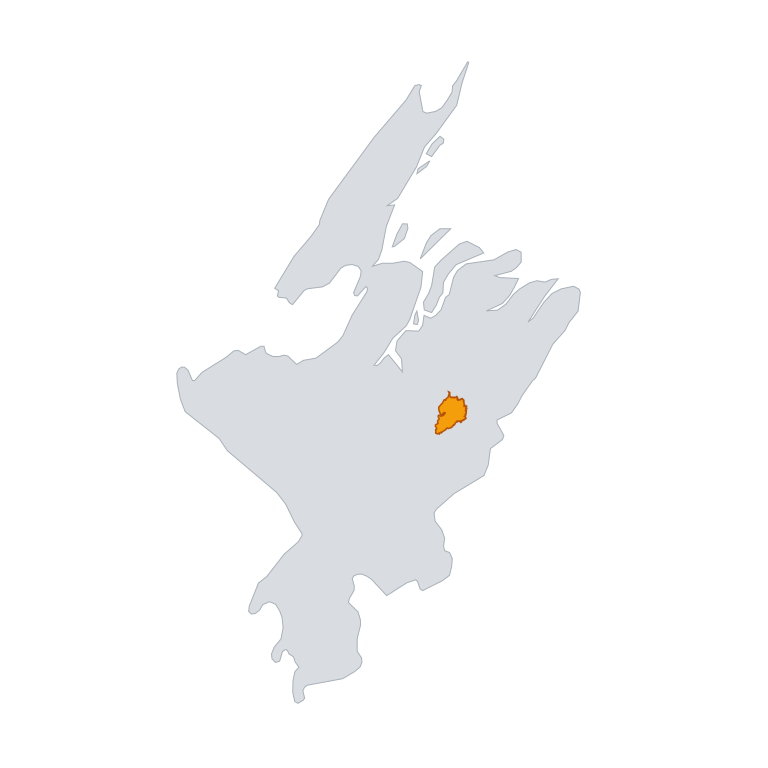 Magura, Khulna, Bangladesh (highlighted), rotated 222°
{"feature_id": "16705992B78415132034426", "entity_name": "Magura", "entity_type": "district", "adm_level": 2, "iso_a3": "BGD", "parent_name": "Bangladesh", "parent_adm1": "Khulna", "projection": "equal_earth", "projection_center": [89.424, 23.47], "detail": "fine", "context": "in_parent", "style": "filled", "palette": "amber", "viewbox_px": 768, "rotation_deg": 222, "n_neighbors": 0, "source": "geoboundaries", "source_scale": "gbopen_adm2", "svg_char_len": 8766}
<svg xmlns="http://www.w3.org/2000/svg" viewBox="0 0 768 768"><g transform="rotate(222 384 384)"><path d="M285.3,545.2L285.2,526.5L275.3,489.8L275.8,485.8L273.7,468.1L271.2,458.3L270.0,447.8L275.9,432.9L273.6,430.4L260.4,425.9L258.8,422.0L261.7,407.2L252.2,393.3L248.5,382.9L258.6,349.4L261.3,326.0L260.5,321.6L254.3,316.3L243.4,314.2L235.7,309.9L231.2,303.3L227.3,300.7L222.6,302.6L216.5,300.0L211.5,293.5L207.3,285.6L209.0,276.9L217.0,256.4L220.0,255.8L226.9,259.7L229.4,259.7L234.0,251.6L240.4,228.5L262.5,230.5L267.8,229.8L273.3,227.9L276.3,225.0L278.0,221.3L277.4,218.1L270.7,213.8L268.1,210.5L266.2,201.3L264.2,197.8L250.9,197.3L244.0,193.1L240.2,189.3L233.5,176.8L225.2,167.5L217.2,165.3L214.1,162.3L212.4,157.5L213.4,150.6L217.5,137.4L239.5,108.8L240.1,105.6L239.3,102.0L232.8,97.4L232.4,95.1L234.3,89.1L237.9,88.4L245.5,93.8L253.1,102.6L257.7,110.5L257.8,116.7L263.8,117.9L268.8,120.7L274.0,119.8L277.3,121.3L279.6,120.8L280.4,117.2L276.1,108.2L278.2,104.5L283.2,104.7L286.9,108.0L289.5,115.0L290.0,125.7L295.9,135.4L303.7,142.4L309.8,145.6L317.1,147.8L323.4,145.6L326.5,138.8L325.1,132.8L326.1,127.3L328.6,124.3L332.5,124.5L335.5,128.8L344.1,152.1L342.3,162.4L344.3,190.8L342.1,209.5L343.5,216.6L344.9,217.9L357.9,221.4L376.6,228.9L391.0,231.6L455.8,229.6L470.0,233.2L513.2,230.4L525.0,236.4L537.9,246.1L545.2,253.4L546.5,257.5L545.8,261.1L543.4,263.0L538.9,263.1L528.7,258.4L527.0,259.7L527.0,271.0L518.9,299.2L517.8,308.0L514.9,311.4L506.4,313.2L500.8,329.7L498.4,331.7L492.8,328.1L489.3,328.7L484.9,330.2L480.5,334.0L477.5,338.7L474.1,340.4L462.0,340.1L459.7,347.7L451.8,357.8L446.4,384.3L446.9,392.5L453.7,413.7L458.5,441.3L460.4,444.1L462.6,444.4L462.7,431.7L464.9,430.1L467.7,431.5L473.6,448.5L476.8,452.9L481.9,454.1L487.6,451.5L491.9,446.5L493.6,441.1L492.0,422.5L494.7,415.0L504.5,403.7L505.9,400.3L505.1,381.7L508.9,381.1L513.9,382.6L520.2,378.1L522.1,378.1L524.8,382.8L529.3,382.0L536.3,418.8L537.0,444.8L538.7,459.3L541.1,462.6L548.8,484.3L556.4,560.9L557.6,609.7L560.7,626.3L558.3,630.0L555.9,630.8L553.6,624.9L537.4,612.5L533.5,613.8L528.1,621.0L525.9,627.7L526.9,637.1L528.7,646.3L532.6,651.6L532.9,657.5L537.4,679.5L536.1,679.6L527.3,659.6L516.5,639.9L512.8,604.6L512.5,587.3L505.1,566.8L498.1,531.2L500.9,518.7L495.9,524.2L487.8,502.8L475.2,482.0L471.5,472.8L471.3,463.8L465.9,472.8L458.6,479.2L451.2,488.7L446.2,491.6L430.5,493.4L421.3,480.6L408.1,449.4L406.4,442.3L408.1,424.0L404.9,406.7L404.0,391.4L401.6,392.8L400.8,397.0L401.3,403.4L400.3,408.8L378.4,405.3L387.8,414.4L397.8,416.5L403.1,424.7L403.4,438.3L393.6,446.5L394.5,453.4L400.2,461.8L393.3,464.1L391.4,469.6L391.3,477.5L396.2,489.5L395.4,494.2L403.7,509.9L405.3,517.5L403.3,528.2L385.4,549.8L380.2,565.1L375.8,572.3L370.3,573.7L363.6,566.4L363.5,558.9L364.8,553.0L374.1,538.7L369.1,540.6L354.6,552.4L351.8,542.8L349.9,533.9L349.9,523.0L356.9,506.8L349.0,514.9L346.8,525.0L347.8,537.0L346.8,545.4L343.6,556.5L339.4,563.1L332.6,567.4L329.5,573.9L325.0,578.7L323.3,556.5L318.4,526.4L317.3,532.9L319.9,551.5L319.7,563.6L316.0,573.2L308.5,583.5L302.7,585.0L299.3,583.4L288.5,567.9L287.6,553.2L285.3,545.2ZM417.8,545.6L404.4,549.2L397.6,548.1L410.2,521.1L409.8,509.0L407.8,499.2L401.3,491.3L400.9,485.6L398.0,477.9L396.5,468.9L403.6,466.0L409.4,471.2L411.5,481.4L414.5,489.1L424.6,504.9L424.4,514.6L421.7,538.3L417.8,545.6ZM446.4,536.7L438.3,544.0L440.8,501.3L446.9,517.2L448.4,525.7L446.4,536.7ZM477.4,515.4L473.9,518.5L470.5,515.8L466.2,505.8L468.3,493.2L469.6,491.4L474.8,504.3L477.4,515.4ZM508.1,605.5L503.4,606.0L501.1,602.9L502.2,598.6L500.8,584.8L506.7,583.4L509.0,595.0L508.1,605.5ZM502.7,566.8L499.3,580.5L497.9,574.4L500.2,562.3L502.7,566.8ZM407.1,455.8L408.4,460.2L401.0,454.5L399.0,450.5L402.3,448.4L407.1,455.8Z" fill="#d9dde1" stroke="#a8b0b8" stroke-width="1"/><path d="M319.5,392.7L319.2,392.3L318.5,391.3L318.3,391.1L317.6,391.0L317.4,390.8L317.4,390.6L317.5,390.5L317.7,390.0L318.0,389.3L318.1,388.9L318.2,388.6L318.3,388.5L318.3,388.1L318.2,387.7L317.8,387.3L317.4,387.0L316.3,386.6L315.9,386.5L315.3,386.5L315.1,386.4L314.8,385.9L314.8,385.5L314.8,385.2L315.1,384.8L315.0,384.5L314.8,384.2L314.1,383.7L313.7,383.4L313.3,383.1L312.9,382.2L312.7,382.1L312.3,382.2L310.9,382.7L310.9,382.8L310.4,383.3L310.1,383.9L309.9,383.9L309.5,384.0L309.4,384.0L309.5,384.3L310.0,383.9L310.1,384.0L310.3,384.0L310.1,384.4L310.0,384.5L309.9,384.7L309.9,384.9L309.7,385.0L309.5,385.5L309.5,385.8L309.2,385.7L309.0,385.9L309.0,386.1L308.9,386.3L308.8,386.6L308.6,386.5L308.6,386.8L308.7,387.0L308.8,387.2L308.7,387.3L308.5,388.2L308.4,388.8L308.2,389.1L307.9,390.0L307.9,390.6L307.7,390.8L307.7,391.2L307.5,391.7L307.8,391.9L307.8,392.7L307.7,393.0L307.6,393.3L307.4,393.4L307.3,393.8L307.0,393.7L306.9,393.9L306.5,394.0L306.3,394.0L306.2,394.1L305.8,395.1L305.7,395.2L305.5,395.3L305.4,395.7L305.5,395.8L305.5,396.2L305.3,396.3L305.3,396.5L305.2,396.6L304.9,396.6L304.9,396.9L304.6,398.0L304.7,398.4L304.8,398.4L304.9,398.6L304.9,398.9L304.8,399.0L304.6,399.5L305.0,399.9L305.1,400.1L304.9,400.5L304.6,400.4L304.3,400.8L304.2,401.0L304.3,401.2L304.7,401.3L304.7,401.6L304.8,402.0L304.9,402.6L304.9,403.9L304.8,404.0L304.6,404.0L304.5,404.3L304.6,404.8L304.6,405.4L304.4,405.4L304.2,405.3L304.2,405.5L304.3,405.6L304.5,405.6L304.4,405.7L304.2,405.6L304.2,405.8L303.9,406.0L304.0,406.0L303.8,406.2L303.7,406.2L303.6,406.3L303.5,406.5L303.1,407.1L302.9,407.2L302.7,407.0L302.5,407.3L301.7,407.0L301.6,406.8L301.1,406.8L301.0,407.1L301.0,407.5L301.4,407.5L301.6,407.6L301.7,407.9L301.8,408.0L302.1,408.1L302.1,408.3L301.9,408.6L301.7,408.6L301.6,408.8L301.4,408.9L301.1,409.4L301.0,409.5L301.2,409.9L301.3,410.0L301.2,410.5L300.8,410.5L300.5,410.6L300.5,410.9L300.7,411.2L300.7,411.5L300.3,411.7L300.2,411.9L300.3,412.2L300.5,412.3L300.5,412.5L300.6,412.8L300.1,413.1L300.1,413.4L300.7,413.4L300.8,413.7L301.1,414.0L301.3,414.0L301.3,413.8L301.7,413.8L301.8,413.9L301.9,414.1L302.4,414.3L302.5,414.2L302.5,414.5L302.4,414.9L302.3,415.2L302.3,415.5L302.9,416.1L303.0,416.3L303.2,416.2L303.1,416.4L303.1,416.8L303.1,417.1L303.6,417.6L303.8,417.7L303.8,417.8L304.0,418.1L304.4,418.1L304.5,418.3L304.5,418.5L304.8,418.6L304.8,418.8L304.8,419.0L305.0,419.4L305.3,419.2L305.3,418.8L305.4,418.7L305.6,418.6L305.8,418.8L306.2,419.7L306.3,420.2L306.3,420.5L306.1,420.6L306.1,420.9L306.0,421.1L306.1,421.3L306.4,421.4L306.9,421.1L307.2,420.9L307.6,421.9L307.7,422.2L307.6,422.7L307.7,422.9L307.9,422.9L308.1,422.8L308.4,422.4L308.7,422.1L308.8,421.8L308.9,421.6L309.0,421.6L309.3,421.5L309.5,421.0L309.9,421.3L309.9,421.6L310.0,421.8L310.0,422.2L310.0,422.3L310.4,422.2L310.5,422.3L310.3,422.3L310.3,422.5L310.5,422.5L310.7,422.4L310.8,422.7L311.0,422.8L311.3,422.9L311.5,423.0L311.8,423.3L312.0,423.7L312.3,423.9L312.5,423.9L312.6,424.1L312.7,424.3L313.1,424.5L313.1,424.4L313.2,424.6L313.3,424.5L313.5,424.8L313.6,424.7L313.7,424.9L313.8,425.1L313.9,425.4L314.3,425.5L314.5,425.5L315.0,425.2L315.3,425.3L315.5,425.5L316.2,425.6L316.3,425.5L316.2,425.1L316.2,424.9L316.3,424.9L316.4,425.0L316.5,424.9L316.5,424.6L316.8,424.5L316.7,424.0L316.7,423.8L316.9,423.3L316.9,422.9L317.0,422.9L317.1,422.7L317.3,422.6L317.5,422.5L317.9,422.8L318.2,422.8L318.1,422.3L317.9,421.8L317.9,421.5L318.1,421.3L318.5,421.4L318.6,421.6L318.8,421.7L319.2,421.8L319.5,421.7L319.6,421.8L320.0,422.5L320.3,422.4L320.5,422.5L320.8,422.7L320.9,422.8L320.9,423.0L321.0,423.1L320.9,423.3L321.1,423.3L321.3,423.5L321.5,423.5L321.5,423.4L321.6,423.1L321.8,422.8L321.8,422.2L322.0,421.8L322.2,421.6L322.3,420.9L322.7,420.7L322.9,420.7L323.0,420.8L323.1,420.5L324.0,420.4L324.2,419.9L324.2,419.4L324.3,419.2L324.8,419.3L325.0,419.3L325.6,419.1L325.6,418.9L325.9,419.0L326.2,418.9L326.2,419.0L326.5,419.0L326.8,419.2L327.5,419.1L327.7,420.0L328.4,420.4L328.7,420.8L328.7,420.6L328.9,420.5L329.1,420.6L329.5,421.2L329.9,421.5L330.2,421.6L330.8,421.4L330.6,421.3L330.0,421.1L329.6,420.8L329.3,420.6L329.0,420.3L328.6,419.5L328.3,418.6L328.1,418.1L327.8,417.7L327.6,417.4L327.6,417.0L327.6,416.4L327.8,415.9L327.9,415.3L327.9,414.1L327.4,413.5L327.3,413.1L327.8,412.8L328.4,412.9L328.5,412.7L328.7,412.3L328.5,411.3L328.0,409.7L327.8,408.9L327.8,408.5L327.9,407.5L327.9,406.3L327.8,405.8L327.9,404.3L327.8,403.7L327.7,403.3L327.4,402.9L326.4,402.0L325.2,400.9L323.1,400.0L322.7,399.9L322.5,399.7L321.7,399.4L321.1,399.4L320.8,399.6L320.5,399.7L320.3,400.1L320.3,400.4L320.4,401.4L320.3,401.9L320.3,402.6L320.3,403.0L320.2,403.1L319.6,403.2L319.4,403.4L319.3,403.2L319.0,402.9L318.9,402.6L318.9,401.9L318.9,400.8L319.1,400.1L319.7,398.7L320.2,398.2L321.1,397.7L321.4,397.7L321.9,397.8L322.2,397.8L322.3,397.7L322.5,397.3L322.5,397.1L322.4,396.6L321.4,395.6L321.2,395.5L320.5,395.5L320.2,395.4L319.6,394.8L319.5,394.6L319.5,394.3L319.5,394.1L319.7,393.4L319.5,392.7Z" fill="#f59e0b" stroke="#b45309" stroke-width="1.5"/></g></svg>